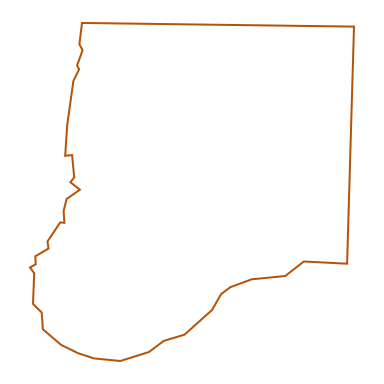 the district of Callaway, Missouri, United States of America
{"feature_id": "52423323B83967641525386", "entity_name": "Callaway", "entity_type": "district", "adm_level": 2, "iso_a3": "USA", "parent_name": "United States of America", "parent_adm1": "Missouri", "projection": "robinson", "projection_center": [-92.074, 38.811], "detail": "fine", "context": "isolated", "style": "outline", "palette": "amber", "viewbox_px": 384, "rotation_deg": 0, "n_neighbors": 0, "source": "geoboundaries", "source_scale": "gbopen_adm2", "svg_char_len": 592}
<svg xmlns="http://www.w3.org/2000/svg" viewBox="0 0 384 384"><path d="M93.4,23.1L82.0,23.0L79.4,44.4L82.6,50.2L77.1,65.3L79.1,69.3L73.4,80.9L67.2,125.2L65.2,155.8L72.1,155.1L74.2,177.4L70.4,182.3L79.9,189.7L66.6,199.0L63.6,211.0L64.4,222.8L60.2,222.4L47.5,241.5L48.5,248.5L35.3,256.3L35.7,264.3L30.0,267.4L34.2,273.3L33.0,303.9L41.7,312.5L42.9,329.3L61.1,344.9L78.3,353.3L94.0,358.4L120.2,361.0L149.0,352.0L163.7,340.9L184.6,334.6L212.1,309.9L221.1,294.1L230.3,287.2L251.7,279.3L285.2,276.0L303.8,261.5L347.1,263.7L354.0,26.6L93.4,23.1Z" fill="none" stroke="#b45309" stroke-width="2"/></svg>